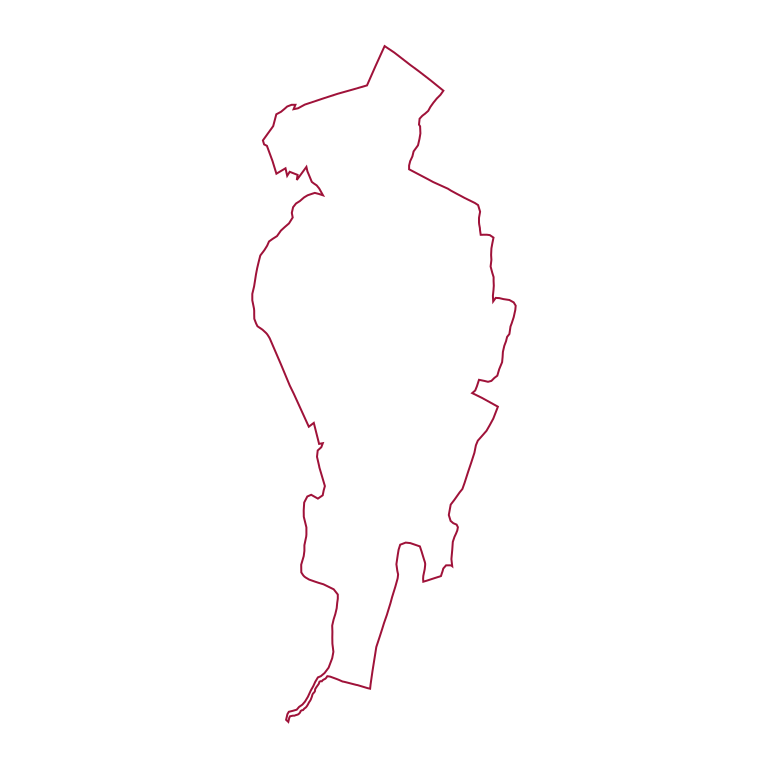 Molo, Rift Valley, Kenya
{"feature_id": "3690345B84891311296889", "entity_name": "Molo", "entity_type": "district", "adm_level": 2, "iso_a3": "KEN", "parent_name": "Kenya", "parent_adm1": "Rift Valley", "projection": "equal_earth", "projection_center": [35.775, -0.363], "detail": "fine", "context": "isolated", "style": "outline", "palette": "rose", "viewbox_px": 768, "rotation_deg": 0, "n_neighbors": 0, "source": "geoboundaries", "source_scale": "gbopen_adm2", "svg_char_len": 4362}
<svg xmlns="http://www.w3.org/2000/svg" viewBox="0 0 768 768"><path d="M304.8,104.6L298.0,108.3L293.6,109.2L295.4,104.8L291.6,104.8L287.2,106.5L284.6,108.8L281.0,111.8L276.3,114.3L273.2,126.1L262.9,140.4L264.1,144.4L266.9,145.8L272.5,161.0L276.4,173.7L285.5,168.3L287.2,175.8L289.7,171.8L297.6,174.9L296.8,180.0L306.4,166.9L307.4,171.3L309.5,176.3L311.8,181.9L313.9,183.5L316.7,185.4L319.2,188.5L323.0,195.3L318.7,193.9L314.8,192.9L311.7,193.9L307.6,195.3L304.1,197.4L299.8,201.1L296.0,203.5L293.1,207.2L291.8,212.9L292.7,217.5L289.0,223.4L284.6,227.2L280.9,230.6L277.0,236.1L272.6,238.9L269.0,241.5L267.2,245.6L264.4,250.1L260.3,255.5L258.7,261.8L257.2,268.1L256.0,274.3L255.1,280.1L254.1,286.4L252.3,293.9L252.3,300.3L253.2,304.7L254.0,308.7L254.2,310.8L254.2,314.6L254.3,318.8L256.1,323.5L257.5,326.3L262.4,329.6L265.9,332.8L266.9,333.9L267.7,335.0L269.2,337.4L269.8,338.5L281.0,364.5L289.7,385.4L291.5,389.1L293.8,393.8L308.8,426.7L313.8,422.9L319.1,443.9L322.8,443.2L321.3,447.2L317.7,450.5L317.0,456.8L319.1,465.9L319.4,467.5L324.9,486.1L323.7,490.3L322.7,495.3L317.9,498.6L311.2,494.8L307.3,496.5L304.2,502.5L303.7,510.5L303.8,516.8L306.4,527.4L306.4,534.5L306.2,536.7L305.9,538.0L304.4,545.2L304.4,550.9L303.7,556.2L301.2,564.7L301.3,572.4L303.2,575.3L304.4,576.6L305.8,577.6L309.2,579.6L314.6,581.5L318.8,582.9L323.5,584.3L328.0,586.5L333.7,589.3L337.8,594.5L337.8,598.6L337.6,600.1L337.2,602.9L336.7,608.2L335.3,614.1L333.6,619.5L332.2,625.6L332.4,631.9L332.3,637.5L332.4,643.7L332.9,647.7L333.4,651.8L332.2,658.2L328.6,667.7L324.6,673.0L320.8,676.2L317.9,677.4L315.2,681.9L313.3,686.1L310.8,690.5L307.9,696.8L305.0,701.6L302.4,704.6L299.1,706.9L296.7,709.7L292.5,710.9L288.8,711.8L287.4,714.2L286.1,719.8L288.3,721.9L289.3,717.7L290.0,716.3L291.3,716.0L292.8,715.7L294.4,715.7L295.6,715.2L296.7,714.9L298.1,714.4L299.0,713.7L300.0,712.6L300.7,711.0L301.8,710.3L303.0,710.1L304.3,708.6L305.9,707.4L307.0,706.0L307.9,704.5L309.1,702.2L310.1,700.8L310.8,699.5L311.3,698.2L311.9,696.6L312.4,694.7L313.1,693.4L314.0,692.6L314.9,691.3L315.2,689.1L316.3,687.3L317.3,685.9L318.8,683.8L319.5,681.7L320.6,681.2L321.8,681.3L322.7,680.2L323.8,679.5L325.4,678.7L326.3,677.7L327.3,676.2L330.1,676.6L331.2,677.0L336.4,678.9L338.7,679.8L342.5,681.5L343.7,681.7L346.2,682.3L356.3,684.9L357.5,685.1L367.8,688.2L370.1,688.7L370.6,684.2L372.5,671.0L375.3,653.4L375.7,650.8L376.3,647.0L379.8,636.4L382.4,628.3L384.0,623.1L386.9,614.8L387.8,611.8L390.4,603.4L392.1,597.1L394.3,590.0L395.3,586.8L396.3,583.2L397.6,578.5L397.8,577.1L398.1,574.4L397.3,570.8L396.4,564.2L397.8,554.6L398.6,549.7L400.2,544.7L405.7,542.6L410.3,543.1L419.9,546.4L421.1,550.1L421.6,551.5L422.0,552.9L423.9,559.1L424.9,562.2L425.2,563.9L425.1,565.7L424.7,569.2L423.3,575.9L423.1,578.8L423.3,581.7L427.0,580.6L433.4,578.5L438.4,576.9L439.5,576.6L441.0,576.0L441.8,573.4L442.5,571.4L443.3,568.5L446.1,565.3L448.1,565.3L451.2,565.4L452.2,566.2L451.4,559.1L452.3,549.2L452.8,541.9L454.5,536.8L455.4,534.9L456.1,533.4L457.3,530.4L457.9,527.2L456.6,524.6L453.3,523.2L450.6,520.9L448.8,515.0L450.7,504.6L454.4,499.8L459.7,492.3L462.4,489.0L464.6,482.8L468.2,471.6L471.2,462.7L474.4,452.8L475.9,445.3L477.8,440.7L486.5,430.8L489.6,425.4L493.3,418.6L497.9,406.7L481.8,397.8L472.2,393.1L475.2,390.5L476.9,386.3L479.0,379.8L484.3,380.9L488.0,381.8L491.4,380.9L494.4,377.9L497.3,375.7L499.2,369.2L502.1,362.2L502.6,357.0L502.9,351.9L504.3,345.8L506.0,341.3L507.1,336.9L509.4,334.0L510.5,326.5L511.7,323.3L513.7,317.2L515.3,309.9L515.7,305.7L513.7,302.4L509.4,300.0L503.4,299.1L499.3,298.1L495.7,297.9L493.2,301.4L492.9,295.8L493.5,290.0L493.8,285.7L493.6,281.0L493.6,277.1L492.3,272.9L490.6,266.5L491.4,259.9L491.1,255.0L491.4,248.5L492.3,243.5L493.5,237.6L489.8,235.1L486.6,234.7L480.7,234.8L480.0,230.0L479.9,228.1L479.2,224.4L479.0,222.5L479.0,217.8L480.1,211.7L478.1,205.1L474.9,203.0L464.5,197.9L461.0,196.0L456.8,193.8L450.9,190.6L447.9,188.7L444.8,187.3L433.1,182.0L428.5,179.5L424.5,177.4L409.1,169.3L409.1,165.5L410.2,161.1L412.4,156.4L413.6,151.4L418.0,145.3L419.5,138.8L420.4,133.4L420.1,126.3L419.0,124.6L419.6,118.7L422.2,115.9L423.7,114.7L424.8,113.9L428.2,110.9L430.4,106.9L433.4,102.7L436.8,98.5L440.4,94.9L443.4,90.7L430.4,80.2L418.9,71.3L410.2,64.9L394.2,52.5L384.6,46.1L375.6,65.9L367.0,85.4L353.6,89.3L337.6,93.8L324.0,98.2L304.8,104.6Z" fill="none" stroke="#9f1239" stroke-width="2"/></svg>